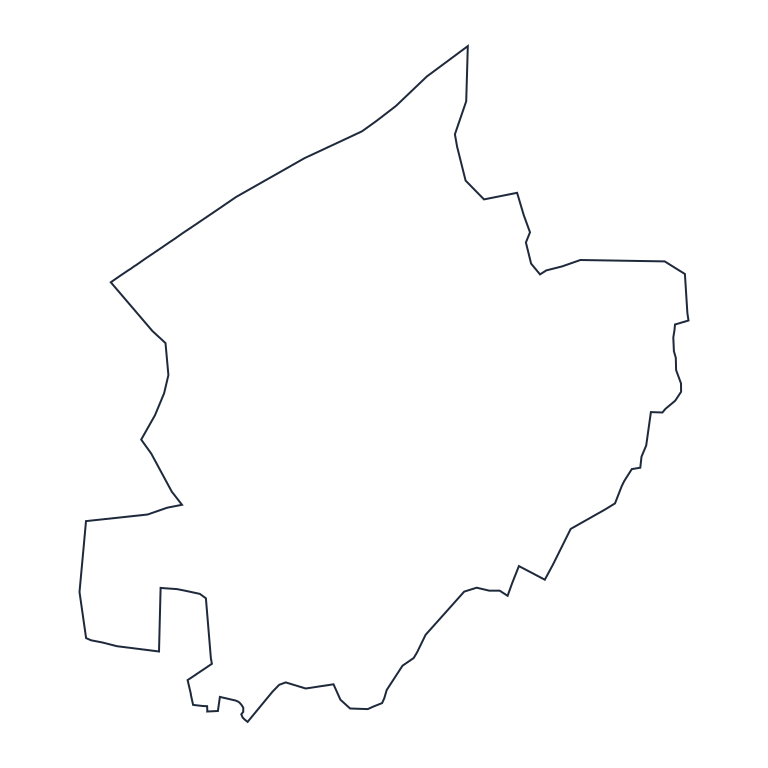 Kaita, Katsina, Nigeria
{"feature_id": "59680162B53208862785263", "entity_name": "Kaita", "entity_type": "district", "adm_level": 2, "iso_a3": "NGA", "parent_name": "Nigeria", "parent_adm1": "Katsina", "projection": "natural_earth1", "projection_center": [7.748, 13.186], "detail": "fine", "context": "isolated", "style": "outline", "palette": "slate", "viewbox_px": 768, "rotation_deg": 0, "n_neighbors": 0, "source": "geoboundaries", "source_scale": "gbopen_adm2", "svg_char_len": 1894}
<svg xmlns="http://www.w3.org/2000/svg" viewBox="0 0 768 768"><path d="M467.8,46.1L426.8,76.5L396.0,105.9L376.9,120.6L362.0,131.3L304.6,158.1L236.2,196.9L224.5,204.9L215.7,210.9L209.8,214.9L201.5,220.5L192.2,226.8L182.0,233.6L175.7,238.1L170.3,241.7L158.3,249.9L145.7,258.4L136.0,265.2L135.5,265.5L134.9,265.8L134.4,266.2L133.8,266.5L133.3,266.9L132.8,267.3L132.2,267.7L131.7,268.1L131.2,268.5L127.8,270.6L119.1,276.5L113.9,280.1L110.8,282.3L152.4,331.0L165.5,343.1L168.4,375.1L164.1,393.3L155.0,415.2L141.2,439.6L151.3,453.7L171.8,491.7L182.0,504.8L167.2,507.7L147.6,514.5L86.0,521.1L83.5,548.7L79.5,592.0L86.1,638.1L91.1,640.3L102.5,642.5L116.9,646.2L159.0,651.5L160.6,587.9L165.4,588.3L177.0,589.1L184.6,590.6L199.9,593.9L205.9,598.3L210.9,658.5L211.9,663.8L187.6,680.1L190.9,694.1L190.8,694.5L193.1,704.9L202.7,706.0L207.1,706.2L207.3,710.0L207.2,711.5L217.9,711.0L219.9,696.9L235.8,700.6L237.5,701.3L239.4,702.5L241.6,705.0L243.3,707.8L243.2,711.9L241.3,714.3L241.7,715.3L242.6,717.4L242.9,717.9L243.6,718.4L244.5,719.4L247.6,721.9L272.5,691.7L279.2,684.8L285.7,682.4L305.7,688.5L333.5,684.3L340.4,699.7L350.1,708.5L367.8,709.1L372.8,706.8L376.5,705.3L382.1,703.1L384.3,698.2L386.7,690.0L402.5,665.7L413.7,658.0L417.1,652.3L425.6,634.8L464.2,591.6L476.7,587.7L489.4,590.7L499.7,590.7L507.6,595.8L512.1,583.3L518.9,566.1L544.8,579.7L552.9,564.7L570.7,528.9L605.4,509.3L615.0,503.4L621.7,486.2L624.2,481.1L631.8,469.1L640.3,467.7L641.5,456.7L646.2,445.5L650.9,412.1L662.4,412.5L665.5,408.8L675.2,400.7L681.1,391.8L681.0,383.4L676.1,370.1L675.8,357.8L673.9,351.2L673.3,337.5L674.5,330.0L675.0,324.5L688.5,320.5L687.4,313.3L684.9,274.0L664.7,261.4L580.4,260.0L562.1,266.4L546.3,270.4L540.0,274.4L531.1,263.6L525.9,242.5L530.0,232.3L523.7,215.0L517.1,192.8L484.0,199.4L465.6,180.6L457.1,146.7L454.9,134.3L466.2,101.3L467.2,67.5L467.8,46.1Z" fill="none" stroke="#1e293b" stroke-width="2"/></svg>